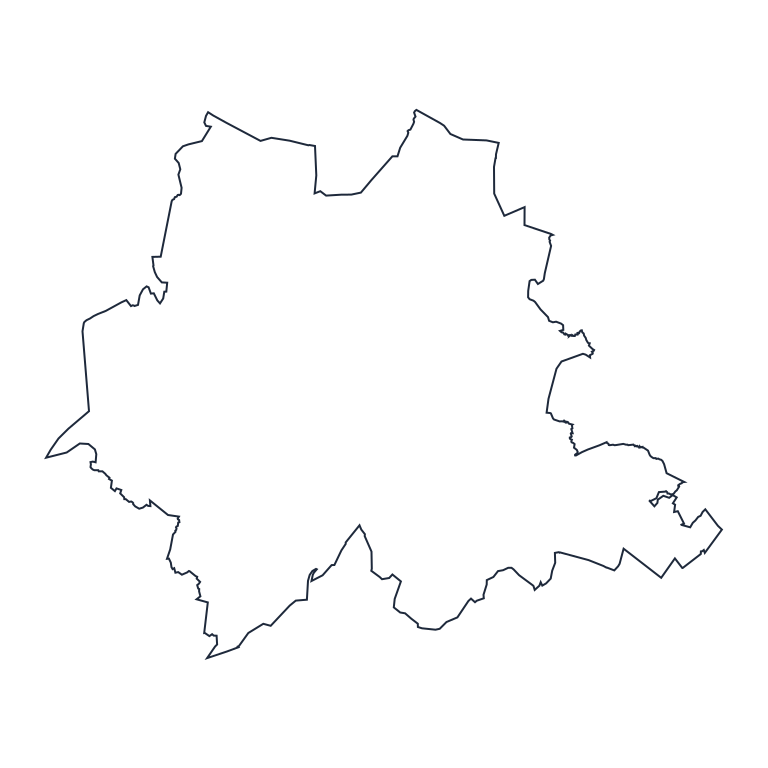 outline of Nītaures pag., Amatas, Latvia, rotated 270°
{"feature_id": "27541924B33705410668553", "entity_name": "Nītaures pag.", "entity_type": "district", "adm_level": 2, "iso_a3": "LVA", "parent_name": "Latvia", "parent_adm1": "Amatas", "projection": "mercator", "projection_center": [25.207, 57.075], "detail": "fine", "context": "isolated", "style": "outline", "palette": "slate", "viewbox_px": 768, "rotation_deg": 270, "n_neighbors": 0, "source": "geoboundaries", "source_scale": "gbopen_adm2", "svg_char_len": 6139}
<svg xmlns="http://www.w3.org/2000/svg" viewBox="0 0 768 768"><g transform="rotate(270 384 384)"><path d="M658.1,416.4L656.8,414.8L655.4,414.1L651.4,415.5L649.4,413.8L648.3,413.5L646.2,414.1L644.2,413.4L638.4,410.4L637.8,408.5L636.9,407.6L635.3,408.3L632.2,407.4L620.3,400.2L611.7,397.5L611.7,392.4L587.8,371.3L575.4,360.9L573.4,351.3L573.3,341.0L572.4,326.1L576.8,320.3L574.6,314.6L592.6,316.3L622.0,315.0L623.0,309.3L622.7,308.4L627.3,289.7L630.2,271.4L627.1,260.5L645.2,226.4L652.5,213.2L655.8,208.1L652.1,206.0L645.6,204.3L642.1,206.0L641.3,210.8L626.9,201.9L623.6,188.4L621.7,182.9L614.1,175.6L609.3,174.9L605.0,178.7L598.7,180.3L593.4,178.4L580.2,181.6L574.3,181.0L573.3,180.2L572.9,179.4L573.2,178.4L573.0,177.7L571.3,176.6L570.8,174.8L568.9,174.1L568.2,172.5L566.8,171.7L511.3,160.7L511.1,152.4L502.5,153.5L501.9,153.1L495.9,154.8L491.0,157.1L485.6,161.8L485.3,167.2L476.4,166.3L476.3,164.3L469.5,163.2L464.6,160.0L467.6,157.3L474.7,153.8L474.4,150.9L480.7,148.6L481.6,146.6L478.7,143.0L472.6,139.7L463.1,138.0L462.0,134.5L462.5,133.8L462.7,132.6L461.9,131.0L467.9,126.3L465.6,121.3L457.1,105.8L454.1,98.2L451.9,93.6L449.5,90.0L447.8,86.5L446.0,84.4L444.8,83.8L436.7,82.5L356.8,89.0L339.3,68.4L329.5,58.5L318.3,50.7L310.3,46.1L315.5,66.7L324.5,79.8L324.0,88.4L318.6,94.9L313.8,96.3L305.7,95.6L306.4,92.8L305.9,90.5L303.6,90.9L300.9,90.5L299.9,91.2L298.5,92.7L297.8,94.3L297.8,98.3L296.7,98.7L296.7,102.4L294.2,105.3L292.7,106.4L290.2,109.5L289.0,109.0L287.4,111.9L280.2,110.9L276.9,114.9L279.6,116.5L278.0,121.3L274.6,120.2L270.8,124.1L268.9,124.3L268.9,125.7L266.1,129.1L266.5,131.2L265.8,132.4L264.9,133.2L263.8,133.2L261.6,135.2L259.3,139.2L260.4,142.9L263.2,146.5L262.1,148.1L261.9,150.4L267.6,149.9L253.0,168.0L251.4,178.9L249.4,177.7L248.7,177.9L248.0,179.1L245.8,179.4L245.4,178.2L242.1,177.8L241.4,176.4L240.7,176.0L239.5,176.5L238.1,176.2L237.3,175.3L236.2,175.5L233.5,173.0L218.6,170.2L209.2,167.0L209.4,168.9L205.4,170.8L200.8,171.5L198.9,172.6L199.8,174.2L195.3,175.4L195.9,178.2L193.3,181.9L195.6,187.2L197.0,188.9L196.8,189.6L192.0,195.5L191.2,197.2L189.4,196.7L186.1,200.1L184.3,198.9L182.9,197.2L179.5,198.2L179.0,199.2L176.6,199.1L171.7,200.4L168.7,196.6L165.6,207.8L135.0,204.2L135.1,204.7L131.9,209.4L133.8,212.1L132.4,213.7L132.3,216.6L123.5,217.1L121.5,215.1L109.9,207.1L116.5,226.9L120.8,238.5L121.5,237.9L121.9,238.9L135.0,248.3L144.2,263.3L142.2,270.7L162.4,289.7L167.4,295.8L168.3,306.9L187.2,308.0L193.1,309.7L197.0,312.4L199.1,316.0L198.7,316.8L195.3,313.9L193.2,312.8L187.0,311.5L192.7,322.6L202.9,331.6L203.0,334.4L217.6,341.4L224.1,345.7L225.6,345.7L242.7,359.5L238.4,361.3L233.8,364.9L231.9,364.7L216.4,371.5L199.3,371.8L197.2,371.3L191.0,379.7L188.8,382.0L190.0,389.2L193.5,392.4L186.6,400.9L169.1,394.7L160.6,393.8L155.5,400.2L154.7,405.1L149.3,411.3L144.3,417.8L141.0,417.9L139.7,422.0L138.3,435.5L139.2,439.7L146.0,446.5L150.6,457.4L167.0,468.4L169.4,471.0L165.8,475.0L167.3,476.8L169.7,483.8L173.2,483.5L183.5,486.7L187.9,486.8L191.0,493.4L196.9,498.0L197.8,503.1L200.2,508.2L200.2,511.5L198.6,513.6L192.8,519.1L182.6,532.9L182.0,533.5L178.1,534.7L182.3,539.4L185.8,540.7L182.4,542.3L184.6,546.1L189.4,550.7L197.3,552.2L205.2,555.2L215.1,554.9L215.8,558.7L215.3,559.6L215.6,560.0L207.9,588.6L202.0,603.5L200.4,606.4L200.5,606.7L197.6,614.3L201.7,618.1L204.2,619.6L219.3,623.6L190.2,661.2L209.6,674.9L200.0,682.3L200.1,682.8L214.0,700.8L216.6,700.9L216.8,702.3L218.0,703.8L215.1,704.8L238.4,721.9L242.2,717.9L258.7,705.3L256.0,702.6L252.2,700.6L251.1,698.2L247.5,695.4L245.2,692.8L240.7,690.2L243.1,681.5L243.3,681.4L244.4,684.0L256.8,677.8L256.0,674.1L263.3,675.1L264.7,672.9L270.6,676.7L272.9,672.7L270.2,669.2L272.2,663.3L268.3,657.8L265.1,657.4L261.7,654.4L267.6,649.1L267.0,650.8L269.8,656.4L275.9,658.9L276.4,665.5L276.8,666.0L275.8,667.2L274.5,667.5L274.5,669.0L273.7,670.4L273.7,672.3L274.3,673.7L276.5,675.3L277.7,676.8L281.5,679.2L282.1,679.0L282.3,678.2L282.9,678.3L284.2,680.2L284.8,681.8L285.7,682.2L286.0,684.3L294.8,666.6L303.8,664.1L307.0,662.5L308.2,661.2L308.7,659.4L309.4,658.3L309.1,656.3L309.9,655.7L309.8,653.7L310.3,652.6L311.8,650.6L313.1,649.7L317.4,648.0L320.4,643.5L320.5,642.6L321.0,642.5L320.8,642.1L321.2,640.6L320.6,640.5L320.4,639.3L321.1,639.2L320.8,639.0L321.9,637.5L321.5,637.1L321.7,636.3L322.0,636.4L321.8,634.9L322.5,634.9L322.8,633.8L323.4,633.4L322.8,628.2L323.3,627.6L323.3,626.1L324.1,623.3L322.9,615.8L322.8,614.5L323.3,613.0L322.8,609.7L323.0,608.8L324.3,608.4L325.2,606.7L325.8,606.6L322.7,599.4L318.5,587.9L315.9,582.0L312.5,575.9L312.6,575.1L313.3,575.1L315.0,577.4L316.1,577.7L318.1,576.8L320.3,574.0L323.9,574.6L325.0,573.3L325.7,571.6L326.8,571.3L328.3,571.9L329.1,570.1L329.7,569.8L330.5,569.8L331.0,571.3L331.5,571.7L334.5,570.8L334.9,571.1L334.8,572.6L338.9,571.3L339.6,572.4L342.9,571.9L343.4,572.5L344.3,569.0L345.8,568.0L346.2,567.0L345.4,566.6L345.4,565.6L345.8,565.1L346.3,565.5L347.4,564.1L346.4,563.3L346.7,562.3L346.6,559.6L348.5,554.0L349.6,553.0L354.6,550.9L355.0,550.0L355.3,546.6L369.2,548.5L399.3,556.5L406.5,561.5L414.2,582.9L413.4,585.6L410.5,590.1L412.8,589.9L414.2,592.6L415.0,592.8L416.3,591.9L417.2,593.7L418.0,594.1L418.9,592.6L422.4,588.9L424.7,589.7L424.9,588.4L425.3,587.9L428.0,586.3L430.1,585.7L432.4,584.1L434.5,583.7L435.6,582.3L437.7,581.8L437.5,580.8L436.5,579.8L434.8,579.1L434.5,578.7L435.2,578.0L435.0,577.4L433.4,577.4L433.5,575.3L432.0,574.8L432.0,573.7L432.8,572.4L432.1,572.4L432.1,571.8L432.9,570.7L431.9,569.4L432.8,569.7L432.9,569.3L432.4,568.1L433.1,567.8L434.3,565.7L433.4,565.4L433.6,564.4L435.4,563.2L435.7,561.6L437.1,560.0L438.1,563.3L442.8,563.1L444.4,561.1L446.3,556.1L445.7,552.9L447.2,549.1L450.9,548.0L458.6,540.5L466.0,535.1L467.3,533.5L468.8,529.6L470.7,528.1L477.1,528.2L486.9,529.6L488.1,531.3L488.3,534.9L484.0,537.9L487.3,543.2L488.9,543.9L494.9,544.8L522.1,551.1L526.2,549.6L527.4,550.1L528.6,549.3L530.4,549.2L532.5,550.6L533.1,552.8L534.0,551.1L542.9,524.5L560.9,524.6L552.2,504.3L574.4,494.2L601.1,494.0L609.8,495.5L609.9,495.9L613.7,496.0L625.1,498.7L627.6,486.5L628.5,463.0L634.0,450.4L642.3,444.1L645.0,440.0L658.1,416.4Z" fill="none" stroke="#1e293b" stroke-width="2"/></g></svg>